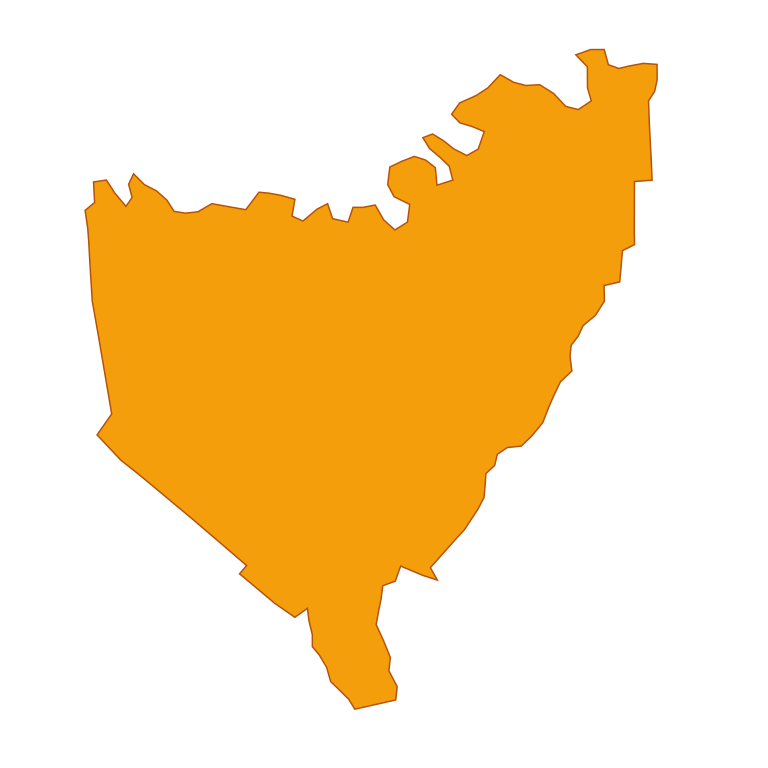 outline of Áurea, Rio Grande do Sul, Brazil, rotated 357°
{"feature_id": "56859067B65143809890428", "entity_name": "Áurea", "entity_type": "district", "adm_level": 2, "iso_a3": "BRA", "parent_name": "Brazil", "parent_adm1": "Rio Grande do Sul", "projection": "orthographic", "projection_center": [-52.066, -27.718], "detail": "fine", "context": "isolated", "style": "filled", "palette": "amber", "viewbox_px": 768, "rotation_deg": 357, "n_neighbors": 0, "source": "geoboundaries", "source_scale": "gbopen_adm2", "svg_char_len": 2045}
<svg xmlns="http://www.w3.org/2000/svg" viewBox="0 0 768 768"><g transform="rotate(357 384 384)"><path d="M624.7,294.4L626.8,280.2L629.1,263.3L641.5,257.9L641.9,245.5L644.7,194.9L662.4,194.5L662.6,175.0L662.6,136.1L663.0,115.2L669.6,105.9L672.7,94.5L673.4,79.1L659.7,77.4L645.2,79.3L635.1,81.2L624.8,76.9L621.4,61.5L608.0,60.8L592.8,65.3L603.7,77.9L602.7,98.8L605.8,112.1L592.4,120.1L580.0,116.3L568.6,102.8L555.2,93.3L541.1,93.3L529.3,89.5L516.3,81.2L503.2,93.7L491.4,100.6L474.2,107.3L465.6,118.2L473.5,127.2L485.5,131.5L497.3,137.2L490.4,154.3L478.6,160.2L466.0,152.9L456.3,144.3L445.6,136.9L435.7,140.0L441.8,151.2L451.9,160.7L460.5,169.9L463.4,184.0L447.3,188.2L446.6,170.7L437.4,162.6L426.2,158.3L413.2,162.6L401.2,167.6L398.1,185.1L403.9,197.5L419.1,206.0L415.9,223.6L402.9,230.7L392.2,220.0L384.6,204.8L372.2,206.5L362.3,206.0L356.6,220.5L341.3,216.2L337.1,201.0L326.4,205.8L311.6,217.0L300.9,211.5L304.7,194.9L290.6,190.1L279.5,187.5L269.2,185.9L255.1,202.7L239.9,199.2L221.6,194.9L207.1,202.3L194.7,203.0L183.4,200.6L176.8,189.0L167.0,179.3L155.2,172.4L144.9,161.0L139.4,171.2L142.2,184.5L135.6,193.1L125.1,179.1L117.5,165.8L104.5,167.0L104.5,187.6L94.6,195.0L96.3,213.3L96.6,227.3L96.6,246.3L97.0,285.9L101.5,322.5L110.5,399.6L94.8,419.8L117.5,446.6L129.5,457.1L140.2,466.8L153.3,478.9L185.0,508.3L212.5,534.4L229.1,550.3L237.3,558.1L229.8,566.0L263.2,597.1L282.7,612.3L295.8,604.0L296.6,616.1L299.3,630.5L298.7,642.6L305.2,651.2L311.9,664.0L315.1,678.3L324.1,688.0L332.3,697.0L337.8,707.2L379.2,700.1L381.3,686.8L373.9,670.7L376.0,657.4L370.1,640.3L363.6,623.9L366.3,612.2L369.9,598.2L372.2,585.4L385.0,581.4L391.1,566.7L402.3,572.1L412.6,577.1L427.0,582.6L420.7,569.8L448.7,541.5L456.7,533.7L464.2,523.5L471.4,513.7L477.9,502.6L479.6,491.2L481.1,478.8L490.3,471.0L493.5,460.1L503.8,453.9L517.8,453.2L529.0,443.5L540.5,430.9L546.8,416.9L552.3,405.7L560.3,391.0L572.3,380.8L571.2,366.1L572.9,355.2L580.3,346.6L585.8,336.2L598.8,326.4L608.5,312.7L608.9,297.2L624.7,294.4Z" fill="#f59e0b" stroke="#b45309" stroke-width="1.5"/></g></svg>